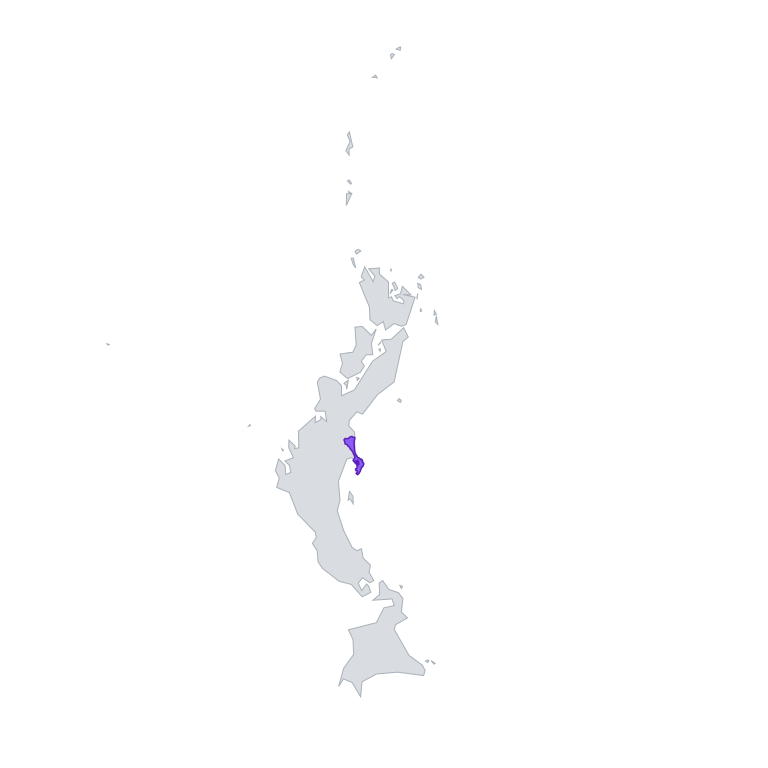 Ishikawa highlighted on a map of Japan, rotated 140°
{"feature_id": "JPN-1842", "entity_name": "Ishikawa", "entity_type": "Prefecture", "adm_level": 1, "iso_a3": "JPN", "parent_name": "Japan", "parent_adm1": "", "projection": "albers", "projection_center": [136.851, 36.797], "detail": "fine", "context": "in_parent", "style": "filled", "palette": "violet", "viewbox_px": 768, "rotation_deg": 140, "n_neighbors": 0, "source": "natural_earth", "source_scale": "10m", "svg_char_len": 6423}
<svg xmlns="http://www.w3.org/2000/svg" viewBox="0 0 768 768"><g transform="rotate(140 384 384)"><path d="M527.9,232.9L537.5,235.0L537.9,251.5L545.2,261.7L549.7,282.5L548.7,290.3L542.4,299.2L541.3,308.0L534.5,309.9L531.9,314.6L533.7,339.8L526.3,361.7L532.7,373.8L524.6,379.4L522.9,387.5L512.9,394.3L512.3,385.0L517.4,377.8L512.2,376.2L508.7,382.4L509.4,388.7L500.8,385.8L497.8,396.6L492.9,402.1L492.0,393.4L494.0,392.1L490.3,389.8L479.9,402.9L457.2,403.4L461.5,398.7L455.2,397.2L453.4,399.7L452.0,392.0L446.6,401.0L453.6,407.0L453.0,409.7L442.4,413.2L433.9,428.2L429.4,429.9L424.5,428.3L418.1,417.1L417.6,410.2L424.1,402.3L410.6,398.5L378.2,408.8L361.4,407.5L357.5,419.2L349.6,413.6L332.8,414.5L335.2,404.4L342.3,404.3L374.9,379.1L396.0,380.0L419.8,374.7L422.7,380.1L434.2,378.3L438.0,374.4L437.5,365.9L450.0,350.7L452.8,335.1L462.1,331.6L453.9,341.5L456.2,348.4L460.7,350.4L481.5,338.8L492.2,323.4L501.3,316.9L509.1,297.6L513.5,279.3L512.0,273.8L507.2,272.3L511.9,263.9L510.8,253.9L516.5,249.4L518.1,240.0L522.5,240.7L525.1,249.5L531.9,247.9L533.9,240.0L525.8,242.0L525.7,239.2L527.9,232.9ZM576.2,166.7L592.3,170.0L603.0,159.4L600.3,175.8L604.7,184.2L613.2,181.4L597.8,192.1L581.0,196.4L572.0,208.2L569.2,218.6L543.3,206.1L527.9,212.6L518.6,207.7L516.0,214.2L531.5,225.5L522.5,225.6L515.7,234.6L511.4,234.3L512.4,223.6L507.1,214.9L507.4,207.5L517.3,198.1L516.3,189.7L529.8,192.2L533.9,189.5L539.3,160.1L535.4,144.1L536.6,138.1L541.1,135.2L558.8,154.5L576.2,166.7ZM337.5,423.8L348.1,424.4L344.4,432.3L351.7,433.1L353.4,442.3L345.8,452.1L337.7,477.5L332.2,476.3L332.5,480.8L323.5,486.1L326.5,469.4L321.6,472.6L321.7,482.0L312.9,475.8L316.8,471.3L315.0,459.3L325.1,447.1L322.2,446.0L323.5,441.8L317.7,433.0L315.3,434.6L315.9,440.8L319.0,441.0L319.0,444.7L313.3,442.6L307.1,447.0L306.1,435.0L312.1,440.5L304.4,430.5L328.7,415.4L333.4,417.0L337.5,423.8ZM394.4,408.2L408.3,411.5L410.1,421.5L402.6,426.5L398.4,435.2L387.4,428.4L380.2,431.8L369.7,446.2L363.6,442.0L362.5,429.4L354.6,431.2L367.4,423.3L373.8,413.6L378.8,417.8L386.8,416.0L387.4,410.5L394.4,408.2ZM263.2,587.2L254.1,591.5L252.0,598.3L248.5,599.4L255.5,585.6L259.6,586.6L263.6,581.7L263.2,587.2ZM486.1,318.1L479.5,323.9L479.9,317.9L484.6,312.0L483.8,317.9L486.1,318.1ZM298.1,545.0L290.4,553.8L286.2,550.6L298.1,545.0ZM312.9,455.8L310.4,455.2L311.9,448.6L315.2,448.3L312.9,455.8ZM414.3,410.2L408.9,409.9L415.8,404.0L413.8,407.5L414.3,410.2ZM321.0,504.2L317.2,503.9L316.2,500.8L321.6,501.2L321.0,504.2ZM304.7,398.7L300.2,402.5L304.5,395.1L304.7,398.7ZM328.3,501.4L326.5,500.2L331.1,491.1L330.7,495.6L328.3,501.4ZM284.8,440.0L288.3,440.8L289.3,443.6L285.0,444.4L284.8,440.0ZM301.5,404.7L298.2,407.8L299.1,403.6L301.5,404.7ZM159.4,632.8L154.8,631.9L154.8,631.2L157.2,629.2L159.4,632.8ZM384.4,362.6L381.8,363.1L381.3,360.3L383.1,359.2L384.4,362.6ZM293.4,439.4L292.0,436.5L294.6,432.3L295.8,435.8L293.4,439.4ZM169.3,628.4L167.5,632.0L165.2,631.9L164.3,629.7L169.3,628.4ZM281.6,563.0L279.4,562.6L280.0,558.6L280.9,558.3L281.6,563.0ZM530.4,145.2L527.8,144.5L527.5,143.2L529.5,142.5L530.4,145.2ZM321.2,449.3L317.6,451.5L316.6,450.3L321.2,449.3ZM501.3,219.5L499.9,217.0L502.1,216.1L501.3,219.5ZM358.8,418.4L361.0,417.6L363.7,417.6L358.8,418.4ZM525.9,137.4L525.7,141.8L524.4,137.1L525.9,137.4ZM303.0,429.3L300.0,431.7L304.4,427.5L303.0,429.3ZM195.8,626.3L191.8,626.0L192.6,622.8L193.5,624.5L195.8,626.3ZM309.5,416.4L307.3,418.5L308.3,415.6L309.5,416.4ZM402.2,403.9L400.6,406.6L399.3,404.2L402.2,403.9ZM288.1,552.5L287.4,554.3L286.7,552.0L288.1,552.5ZM504.6,398.0L504.0,400.1L503.5,398.0L504.6,398.0ZM306.1,467.1L304.2,467.6L306.0,466.0L306.1,467.1ZM365.9,411.4L365.9,413.8L364.2,413.4L365.9,411.4ZM514.9,438.7L512.9,439.1L512.9,438.0L514.9,438.7ZM570.3,591.1L570.6,593.4L569.1,590.9L570.3,591.1Z" fill="#d9dde1" stroke="#a8b0b8" stroke-width="1"/><path d="M440.7,361.8L441.7,360.9L442.1,360.3L443.1,359.8L443.8,359.2L444.7,358.2L448.8,352.6L449.8,351.0L451.2,347.5L451.3,347.1L451.3,346.5L451.2,346.4L451.0,346.2L451.2,345.5L451.4,344.8L451.2,344.4L450.9,344.1L450.7,343.2L450.4,343.0L450.4,342.5L450.6,341.3L450.4,340.9L450.2,340.7L450.0,340.8L450.0,341.1L449.6,341.0L449.5,340.7L449.5,340.1L449.7,339.5L449.9,339.1L450.2,338.8L450.0,338.5L450.3,338.3L450.6,337.8L450.7,337.4L450.5,337.1L450.5,336.4L451.0,335.6L451.7,335.3L452.8,334.6L453.6,334.4L454.0,334.7L454.6,334.6L456.7,333.4L457.3,333.3L457.6,332.8L458.1,332.5L460.8,331.6L461.6,331.4L462.5,331.7L462.7,332.0L462.5,332.5L462.6,332.8L462.8,333.0L462.8,333.3L462.7,333.5L462.2,333.6L461.8,333.6L461.4,333.6L461.1,333.7L460.8,333.9L460.6,334.3L460.5,335.1L460.7,335.6L461.1,335.7L461.0,336.1L461.0,336.4L460.8,336.7L460.5,337.0L460.3,337.2L459.9,337.2L459.1,337.0L458.0,337.5L457.7,338.0L457.3,338.6L457.2,339.0L456.9,339.2L456.5,339.4L456.4,339.7L456.2,339.9L455.5,339.6L455.1,339.3L454.8,339.1L455.0,338.8L455.1,338.7L454.9,338.7L454.7,338.9L454.5,339.0L454.4,339.2L454.3,339.5L453.8,340.2L453.5,340.9L453.8,341.0L453.8,341.5L453.7,341.7L453.3,341.7L453.3,342.2L453.2,342.5L453.4,342.7L453.8,342.6L454.2,342.4L454.6,342.4L455.2,343.1L455.5,343.2L456.0,343.0L456.4,342.1L456.6,341.9L456.8,342.0L456.9,342.4L456.8,343.8L456.9,345.2L456.8,345.4L456.7,345.4L456.1,345.5L455.7,345.5L454.9,345.9L454.7,345.9L454.2,345.9L454.0,346.0L453.8,346.2L453.4,346.8L453.2,347.1L452.6,348.5L452.5,348.9L452.5,349.5L452.2,350.4L452.1,350.7L451.7,351.0L451.6,351.6L451.6,351.8L451.7,352.1L451.7,352.3L451.7,352.6L451.4,353.6L451.4,354.1L451.4,354.4L451.6,355.2L451.7,355.5L451.6,356.0L451.5,356.3L451.4,356.7L451.2,358.0L451.1,358.6L451.2,359.0L451.4,359.2L451.5,359.6L451.5,360.0L451.3,360.6L451.3,360.9L451.4,361.7L451.7,362.1L451.8,362.3L452.2,362.8L452.3,363.1L452.2,363.4L451.2,364.8L451.1,365.2L450.9,366.2L450.4,367.0L449.1,367.2L448.8,367.2L448.5,367.0L447.8,366.1L447.4,365.8L446.7,365.4L446.0,365.2L445.3,365.2L445.1,365.2L444.8,365.4L444.4,365.3L443.7,365.0L443.3,364.9L442.8,364.8L442.6,364.7L442.4,364.5L442.2,364.3L442.1,364.0L442.0,363.3L441.9,363.0L441.9,362.8L441.7,362.7L441.0,362.2L440.7,361.8ZM456.8,340.7L456.8,340.8L456.7,341.0L456.8,341.3L456.6,341.4L456.3,341.6L456.0,341.6L455.6,341.7L455.3,341.9L455.2,341.9L454.9,342.0L454.6,341.7L454.2,341.3L454.0,340.9L454.2,340.7L454.3,340.8L454.4,341.0L454.5,341.0L454.6,340.9L454.9,340.8L455.1,340.8L455.2,340.7L455.4,340.6L455.5,340.7L455.7,340.8L455.9,341.0L456.0,340.9L456.4,340.6L456.7,340.5L456.8,340.7Z" fill="#8b5cf6" stroke="#5b21b6" stroke-width="1.5"/></g></svg>